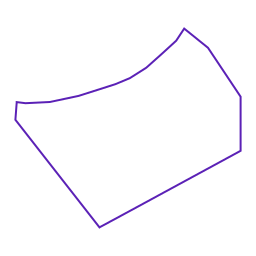 outline of 45, Ad Dawhah, Qatar
{"feature_id": "91078587B95881702990633", "entity_name": "45", "entity_type": "district", "adm_level": 2, "iso_a3": "QAT", "parent_name": "Qatar", "parent_adm1": "Ad Dawhah", "projection": "natural_earth1", "projection_center": [51.549, 25.253], "detail": "fine", "context": "isolated", "style": "outline", "palette": "violet", "viewbox_px": 256, "rotation_deg": 0, "n_neighbors": 0, "source": "geoboundaries", "source_scale": "gbopen_adm2", "svg_char_len": 361}
<svg xmlns="http://www.w3.org/2000/svg" viewBox="0 0 256 256"><path d="M240.6,150.8L240.6,96.7L208.0,47.8L184.2,28.6L176.2,40.7L162.1,53.6L146.3,67.7L129.9,78.1L115.3,84.2L78.6,95.9L49.8,102.0L25.5,103.2L16.7,102.1L16.7,102.3L16.7,102.5L15.4,119.8L99.5,227.4L99.8,227.2L100.1,227.0L125.5,213.3L240.6,150.8Z" fill="none" stroke="#5b21b6" stroke-width="2"/></svg>